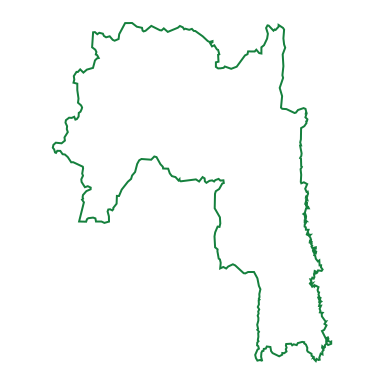 outline of Morona, Morona Santiago, Ecuador
{"feature_id": "8360857B55598712606622", "entity_name": "Morona", "entity_type": "district", "adm_level": 2, "iso_a3": "ECU", "parent_name": "Ecuador", "parent_adm1": "Morona Santiago", "projection": "equal_earth", "projection_center": [-78.014, -2.429], "detail": "fine", "context": "isolated", "style": "outline", "palette": "green", "viewbox_px": 384, "rotation_deg": 0, "n_neighbors": 0, "source": "geoboundaries", "source_scale": "gbopen_adm2", "svg_char_len": 5942}
<svg xmlns="http://www.w3.org/2000/svg" viewBox="0 0 384 384"><path d="M79.1,221.5L86.1,221.7L87.0,219.2L88.3,218.2L93.1,217.6L95.4,218.4L96.0,221.5L101.4,221.5L104.4,222.9L109.0,221.6L108.9,216.3L107.6,211.5L108.3,209.5L110.1,209.3L112.3,210.4L113.3,209.2L113.3,207.9L116.6,203.7L116.9,195.9L119.0,196.0L121.7,189.6L127.9,181.7L131.1,178.9L132.1,175.5L135.1,172.0L137.2,163.9L139.2,160.3L141.5,159.0L151.2,159.7L154.3,156.5L156.5,157.1L160.5,164.3L162.8,166.7L163.1,168.5L168.2,168.7L169.8,173.4L171.9,176.1L175.5,177.1L178.5,180.5L179.5,179.3L179.6,180.6L180.8,181.3L195.9,179.4L199.1,181.5L202.6,177.1L204.6,178.4L204.9,181.4L206.4,182.8L209.5,180.8L212.2,180.4L214.1,181.5L215.3,180.1L218.6,178.9L220.4,180.6L223.4,180.3L223.8,183.0L222.2,183.6L219.2,189.0L215.8,191.2L215.0,193.8L214.7,208.3L219.9,217.3L220.3,223.5L219.5,226.9L217.6,226.6L215.2,232.3L214.5,236.4L215.1,247.3L217.6,249.4L217.4,251.2L218.7,258.6L219.9,259.4L220.7,262.8L220.2,268.4L223.3,267.0L226.2,268.5L228.2,266.5L232.9,264.3L235.2,265.4L243.7,273.2L245.3,273.4L248.1,272.0L254.0,272.0L257.4,278.3L258.9,285.9L260.4,289.2L259.3,294.1L259.5,297.1L258.8,298.9L259.5,299.6L258.7,300.5L258.9,304.5L257.8,307.0L259.2,309.4L258.2,311.6L258.6,313.5L257.7,315.7L258.4,317.8L258.3,320.7L257.2,324.8L258.1,328.9L257.3,329.8L259.0,331.8L258.2,333.0L258.4,336.8L257.8,340.1L258.5,341.2L257.3,342.5L257.1,345.4L258.2,346.1L258.9,348.7L257.5,349.6L255.2,354.9L255.9,358.0L257.4,360.6L260.5,359.9L261.3,360.6L262.0,360.4L261.1,356.8L261.4,352.7L262.2,351.1L263.4,350.9L263.8,348.9L265.8,348.6L266.8,346.5L270.4,347.0L271.1,351.1L272.6,353.1L279.2,356.3L282.2,354.7L282.3,353.0L284.2,353.2L286.5,351.5L285.8,349.2L286.6,347.7L285.9,345.5L286.2,344.0L291.1,343.7L292.2,345.3L293.7,344.3L296.7,345.1L297.8,343.1L302.2,341.9L304.2,342.2L304.2,343.4L305.9,344.5L307.3,347.8L307.1,350.3L307.7,351.6L311.5,353.8L311.6,355.8L313.5,356.9L313.1,357.7L313.8,357.4L314.0,359.1L315.8,361.0L316.5,358.9L318.5,360.0L319.7,359.7L319.3,357.7L320.7,353.6L322.5,354.4L322.3,351.6L323.6,350.0L322.1,347.7L322.3,346.2L324.2,347.8L324.9,347.2L324.9,345.3L326.5,343.4L328.1,345.0L331.2,343.8L331.2,341.6L330.3,342.0L327.8,340.6L328.4,338.7L327.9,337.4L327.2,337.7L327.1,341.6L326.2,341.7L326.3,339.5L322.0,331.0L324.2,329.8L326.5,325.3L324.5,323.9L326.1,321.5L325.6,321.6L321.9,316.4L321.7,313.9L322.6,312.8L319.9,312.4L320.4,310.9L319.6,308.8L321.0,305.7L319.1,305.9L319.9,303.1L318.6,301.4L320.1,302.3L321.3,301.5L319.9,300.4L320.4,298.0L319.4,298.0L319.0,299.4L318.2,297.4L319.4,296.9L318.5,294.5L319.1,292.4L318.1,291.9L317.6,290.0L318.5,287.1L315.6,285.6L314.5,286.6L314.1,285.3L312.2,286.7L311.3,285.1L312.5,283.4L310.5,284.3L309.9,283.5L311.4,281.7L310.4,279.4L311.5,279.5L312.3,277.7L313.7,278.6L314.4,277.1L314.0,274.1L316.2,273.3L315.9,272.6L314.4,272.9L314.7,271.0L317.4,272.2L318.1,270.4L321.6,270.9L322.6,269.5L321.0,267.3L321.1,265.3L319.6,265.4L319.3,260.4L317.9,261.4L315.8,258.7L315.2,255.7L314.2,255.2L315.0,253.2L315.8,253.4L316.2,251.6L314.9,250.6L313.8,252.5L312.9,250.8L313.3,249.2L314.7,249.9L314.7,248.2L315.8,248.4L315.8,247.3L312.4,248.2L311.5,246.5L312.2,245.7L311.2,244.3L312.1,242.4L311.4,243.2L309.7,242.6L309.9,241.3L310.9,242.3L311.5,241.6L310.7,241.0L311.1,239.7L310.2,237.3L309.2,236.1L310.5,234.8L309.0,234.9L308.5,233.7L307.8,235.0L306.8,234.5L308.5,229.8L305.9,229.7L305.8,227.3L304.6,226.6L304.7,224.7L305.9,222.7L304.7,222.5L304.7,220.7L306.2,220.9L305.0,219.8L305.8,218.9L306.1,216.3L305.7,215.1L304.9,216.7L304.7,215.0L303.4,214.0L304.8,212.9L306.1,208.3L308.8,208.3L308.1,206.8L307.3,206.8L307.7,205.7L306.8,206.6L306.6,205.5L306.0,205.5L305.9,204.5L306.9,204.5L307.0,202.8L305.4,203.3L306.5,199.7L307.4,200.0L307.1,199.0L306.3,199.1L306.9,197.4L305.9,197.5L306.1,196.3L307.3,195.7L308.1,193.7L307.7,191.6L306.6,192.0L305.2,188.8L307.2,184.1L303.9,182.3L301.3,183.3L300.8,182.0L301.2,174.8L300.6,169.1L301.9,166.9L301.2,166.2L301.0,158.8L300.1,158.1L301.3,155.9L301.6,153.4L300.1,145.6L301.1,145.5L300.2,142.4L300.9,139.4L301.1,128.1L304.3,126.2L306.5,123.0L306.2,121.4L307.0,121.0L307.4,119.3L305.4,117.3L306.6,113.5L305.8,113.5L306.2,111.8L305.5,108.9L303.6,108.1L298.0,110.0L295.9,112.6L294.6,113.0L286.4,109.1L282.2,108.8L281.0,107.6L282.1,96.1L279.7,87.9L283.1,77.9L282.4,75.2L283.4,66.2L282.7,54.4L285.2,47.7L284.1,44.5L283.4,38.4L284.1,29.6L283.0,27.9L278.6,25.0L278.6,26.7L275.6,29.9L274.6,29.5L273.5,30.7L268.7,25.6L267.5,25.4L266.1,28.0L267.9,33.8L267.1,38.6L264.0,45.2L261.4,47.3L261.4,53.5L259.2,53.1L256.3,49.7L254.7,51.5L248.1,51.4L247.5,54.2L245.0,55.4L236.7,66.7L231.2,68.8L224.8,66.5L223.7,67.8L220.6,68.3L218.1,68.4L215.9,66.9L215.9,62.3L218.5,61.7L218.1,54.8L219.3,54.3L218.1,49.9L216.9,49.4L214.3,45.3L212.0,46.4L210.3,43.5L212.5,42.2L212.5,41.1L209.5,42.0L207.7,41.0L202.7,36.3L195.3,31.0L193.7,30.9L191.9,28.9L189.2,29.8L185.2,28.7L184.1,29.3L182.8,27.3L179.9,26.0L177.9,27.7L167.8,31.9L163.8,28.4L161.6,30.4L159.9,30.2L151.3,25.9L145.5,30.8L143.6,31.4L142.6,30.6L142.0,27.8L136.8,26.7L132.1,23.0L125.1,23.1L119.2,34.2L118.6,39.0L114.6,40.7L112.7,39.8L109.7,36.3L106.1,37.3L103.9,35.9L102.9,33.7L99.3,32.8L97.3,34.2L94.9,32.1L93.1,32.3L92.1,47.3L95.3,49.7L96.4,52.0L95.8,54.5L97.1,55.1L98.7,58.0L97.0,58.4L95.0,60.4L93.0,67.9L86.9,69.6L83.4,72.6L80.2,69.4L77.8,72.0L76.5,71.9L73.8,76.1L74.3,79.6L73.5,82.7L77.3,83.7L77.3,90.1L78.5,98.6L78.0,102.7L81.1,105.4L82.1,107.5L81.7,109.0L80.5,111.7L78.8,112.9L78.6,116.6L76.8,119.1L75.4,119.6L74.2,116.8L71.7,117.9L69.1,117.7L65.9,120.2L65.5,122.7L67.1,126.2L66.8,129.1L67.8,132.1L64.5,137.4L64.9,140.6L61.6,143.3L55.8,142.7L53.4,144.9L52.8,147.7L54.2,149.5L55.0,152.4L56.0,152.9L57.3,150.8L60.3,150.9L62.6,154.2L64.9,154.5L67.8,157.1L71.2,162.3L73.2,162.2L82.8,166.7L83.1,168.3L82.2,173.6L83.0,175.7L81.3,179.3L81.6,182.0L84.9,187.2L87.8,186.2L90.7,187.6L90.6,189.3L86.4,191.1L83.0,195.0L82.6,197.2L83.1,198.7L82.0,199.6L83.9,202.3L79.1,221.5Z" fill="none" stroke="#15803d" stroke-width="2"/></svg>